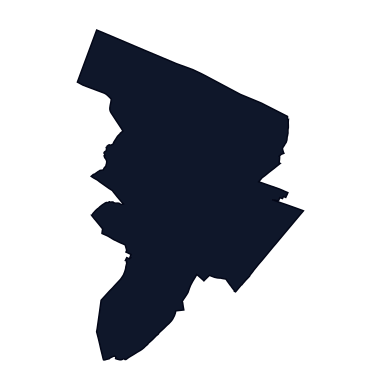 the district of San José Chiapa, Puebla, Mexico, rotated 268°
{"feature_id": "50627088B16531024966983", "entity_name": "San José Chiapa", "entity_type": "district", "adm_level": 2, "iso_a3": "MEX", "parent_name": "Mexico", "parent_adm1": "Puebla", "projection": "robinson", "projection_center": [-97.747, 19.248], "detail": "fine", "context": "isolated", "style": "filled", "palette": "ink", "viewbox_px": 384, "rotation_deg": 268, "n_neighbors": 0, "source": "geoboundaries", "source_scale": "gbopen_adm2", "svg_char_len": 5765}
<svg xmlns="http://www.w3.org/2000/svg" viewBox="0 0 384 384"><g transform="rotate(268 192 192)"><path d="M90.7,232.0L91.1,232.4L92.3,233.5L94.9,235.8L97.0,237.7L97.5,238.4L97.5,238.5L99.9,240.6L100.3,241.1L101.7,242.3L104.1,244.8L105.8,246.5L107.4,247.4L108.1,248.1L109.3,249.1L110.6,250.2L111.7,251.0L118.0,256.5L121.3,259.6L134.5,271.3L137.4,274.0L140.9,277.1L164.8,298.6L169.3,302.7L169.5,302.3L171.8,296.6L173.7,291.8L176.0,286.0L178.1,280.5L181.5,271.8L181.3,272.8L181.3,273.3L181.3,273.7L181.2,273.9L180.8,275.3L180.5,276.1L180.6,278.3L183.3,279.6L182.8,280.9L182.3,282.2L184.3,283.2L183.8,284.4L183.3,285.5L185.8,286.7L185.8,286.8L188.0,287.8L188.4,286.9L188.7,286.3L189.2,285.2L189.7,284.1L190.2,283.2L191.0,281.5L191.6,280.2L191.9,279.6L192.6,277.8L193.1,276.6L193.6,275.2L194.1,274.1L194.7,272.4L195.3,270.8L197.1,266.2L197.8,264.4L198.6,262.4L198.9,261.6L199.9,259.0L202.2,261.1L203.7,262.4L204.4,263.4L205.7,265.3L206.9,266.9L207.9,268.2L209.0,269.6L211.5,273.1L213.3,275.6L213.5,275.8L217.5,281.2L218.1,280.1L221.7,280.6L222.6,280.7L224.3,280.8L224.8,280.3L226.5,282.5L226.7,283.0L227.5,285.2L228.6,284.7L231.9,283.9L232.8,284.1L233.4,284.4L235.6,286.0L237.0,286.8L238.1,287.7L238.8,288.0L239.7,288.3L240.5,288.6L241.0,288.7L243.5,289.0L243.9,289.0L244.1,289.1L244.4,289.3L244.7,289.3L245.3,289.5L245.6,289.6L246.0,289.6L246.3,289.6L246.5,289.7L246.6,289.8L246.9,289.9L247.3,289.9L248.1,290.0L249.1,290.0L250.0,290.0L250.5,290.1L252.0,290.2L252.5,290.5L254.6,290.6L258.0,290.6L260.5,290.8L261.1,290.9L261.0,290.5L261.3,290.0L264.2,290.1L273.9,272.6L276.5,267.9L278.3,264.7L279.7,261.7L287.9,243.7L294.3,232.6L299.0,224.5L303.1,217.4L305.7,212.9L307.4,210.0L309.8,205.7L314.3,197.0L320.9,180.7L335.1,150.0L335.5,149.1L354.1,109.2L357.2,102.4L316.1,85.5L308.5,82.4L306.1,81.4L305.8,81.3L305.0,82.8L304.0,84.4L302.5,87.0L296.3,101.9L294.9,105.3L294.4,106.5L293.7,108.1L292.8,109.5L291.6,110.9L289.5,112.9L288.2,114.1L287.8,114.3L287.5,114.5L287.1,114.5L286.6,114.4L285.9,114.3L284.4,114.0L283.2,113.7L281.5,113.3L279.3,112.9L278.1,112.8L277.4,112.8L276.6,112.9L275.8,113.1L275.2,113.3L274.6,113.6L273.6,114.1L272.0,115.1L266.2,118.6L262.8,120.7L257.7,123.8L255.3,125.1L253.4,122.6L253.2,122.7L252.1,121.4L251.1,120.4L250.4,119.6L244.4,115.5L244.2,115.8L243.9,115.7L243.7,115.4L243.2,115.1L242.6,114.6L242.4,114.2L241.8,113.0L241.7,112.8L241.5,112.7L241.5,112.4L242.0,111.4L242.0,110.8L241.8,110.2L241.4,109.6L240.9,109.1L240.9,108.9L240.7,108.8L240.2,108.7L239.9,108.4L239.7,108.0L239.5,107.8L239.1,107.9L238.7,108.1L238.3,108.1L237.9,108.0L237.7,107.9L237.0,108.0L236.5,107.8L236.0,107.4L235.7,106.8L234.9,105.8L234.1,105.4L233.5,105.6L232.6,106.1L231.5,106.4L231.3,105.8L231.3,105.5L230.9,105.5L229.3,106.0L228.1,106.9L226.9,107.5L225.3,107.9L222.7,107.4L222.2,107.1L221.7,107.0L220.9,106.8L220.3,106.3L219.7,105.6L218.8,104.9L217.9,104.5L217.2,104.0L216.9,103.0L216.9,102.0L216.8,100.9L216.6,100.5L216.1,100.1L216.0,99.4L212.7,94.4L213.0,94.0L212.2,93.1L211.2,91.8L210.2,93.1L209.4,94.3L207.3,97.8L206.5,98.8L205.6,99.8L198.3,109.4L196.3,112.4L194.0,114.0L192.7,115.0L189.7,117.2L189.6,117.3L184.6,121.2L183.4,122.2L182.6,122.9L182.5,123.0L181.9,120.8L182.3,120.1L182.7,119.6L182.9,119.3L183.2,118.8L183.4,118.2L183.5,117.3L183.5,114.9L183.6,114.6L183.8,114.2L183.9,113.9L183.9,113.5L184.0,113.1L184.6,112.9L184.8,112.7L184.8,112.3L184.8,111.7L184.8,111.1L184.7,110.1L184.8,109.6L185.1,109.3L185.1,108.8L184.9,108.6L184.6,108.5L184.4,108.3L184.3,107.8L184.4,107.1L184.5,106.6L184.5,106.0L184.2,105.3L184.1,104.9L183.9,104.7L182.3,102.0L180.5,99.5L179.2,98.1L178.5,97.0L177.6,95.9L176.5,94.7L176.4,94.6L174.8,93.1L174.2,92.5L172.2,91.0L172.2,90.9L171.1,91.6L170.1,92.4L168.4,93.6L167.6,94.3L165.1,96.2L163.8,97.2L158.9,100.9L158.6,101.4L154.0,100.6L153.7,100.6L151.5,105.2L151.0,106.2L147.1,112.2L143.5,119.1L142.5,121.3L141.4,123.4L136.0,124.7L134.3,123.9L131.7,128.9L130.3,128.3L128.8,127.7L128.4,128.4L127.4,127.1L128.7,124.5L125.8,123.0L125.2,124.3L124.4,124.3L124.1,124.2L123.8,124.1L123.5,124.4L119.6,123.3L117.3,122.9L114.4,121.9L111.3,120.5L110.2,119.7L108.9,118.8L107.3,117.6L100.8,111.1L98.8,109.2L95.9,106.1L87.0,97.4L76.4,95.6L58.4,92.4L55.7,91.8L48.5,93.4L42.5,94.6L38.1,95.4L30.9,96.9L28.4,97.4L27.4,97.7L27.2,98.1L27.3,99.2L27.7,100.6L28.2,103.1L28.2,103.3L28.5,103.7L28.9,104.2L29.2,104.5L29.4,105.0L29.6,105.6L30.5,107.6L30.7,108.9L30.5,109.4L29.6,110.2L28.4,109.8L28.2,109.8L27.6,111.3L26.9,113.8L26.8,114.7L26.9,115.8L27.2,116.6L27.6,117.5L27.8,118.3L27.7,118.5L27.0,119.1L26.9,120.0L27.7,121.3L28.7,122.7L29.2,123.5L29.4,123.9L29.7,124.4L29.9,124.8L30.2,125.3L30.5,125.9L31.4,127.5L31.7,128.1L32.4,129.2L32.8,130.0L33.8,131.6L34.2,132.4L34.6,133.2L34.9,133.7L35.2,134.3L35.6,135.0L36.2,136.0L36.6,136.6L38.2,138.7L38.9,139.4L39.7,140.3L40.6,141.5L41.4,142.5L41.7,142.6L42.3,143.0L43.2,144.1L44.0,145.1L45.0,146.3L45.6,147.0L46.4,147.9L49.4,151.0L51.1,153.3L52.5,154.2L56.7,159.1L59.5,162.1L61.3,164.3L64.0,167.0L65.6,168.2L69.0,170.1L71.5,171.1L73.7,171.6L73.8,171.7L73.9,173.1L74.0,174.3L74.1,175.9L74.3,178.2L74.4,179.7L74.5,179.7L77.9,179.2L81.8,178.8L82.0,178.7L82.5,178.3L82.8,178.3L85.1,179.8L87.8,181.8L90.2,183.5L91.8,184.5L94.7,185.6L94.9,185.7L95.2,185.8L95.5,185.8L96.0,186.1L96.9,186.5L98.1,187.0L99.5,187.7L100.3,188.2L101.4,188.8L102.6,189.5L107.0,192.4L109.4,193.9L109.1,194.2L107.7,195.8L106.9,196.6L106.2,197.4L104.5,199.1L104.3,199.4L102.8,200.8L103.7,201.7L108.1,206.5L107.6,207.8L107.4,208.2L106.0,211.5L105.4,213.9L105.3,214.1L105.0,216.7L105.1,217.0L104.5,219.3L104.4,219.8L104.0,221.8L103.8,222.8L102.7,223.6L102.0,224.0L101.3,224.4L100.8,224.8L100.2,225.2L97.9,226.7L96.9,227.5L96.6,227.7L95.2,228.6L93.5,229.8L92.0,230.9L91.4,230.8L90.7,232.0Z" fill="#0f172a" stroke="#020617" stroke-width="1.5"/></g></svg>